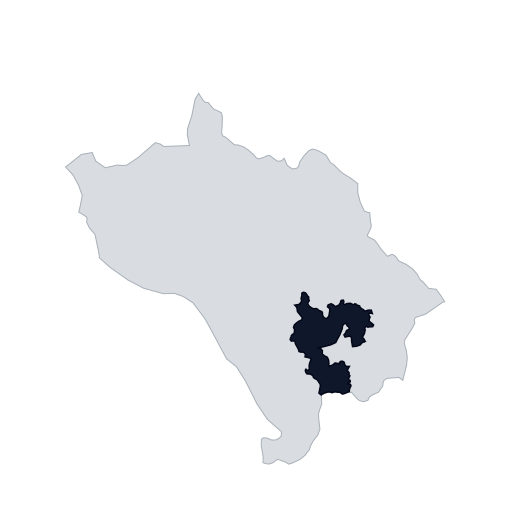 Bulgaria, with Sofia highlighted, rotated 231°
{"feature_id": "BGR-2244", "entity_name": "Sofia", "entity_type": "Province", "adm_level": 1, "iso_a3": "BGR", "parent_name": "Bulgaria", "parent_adm1": "", "projection": "orthographic", "projection_center": [23.554, 42.64], "detail": "fine", "context": "in_parent", "style": "filled", "palette": "ink", "viewbox_px": 512, "rotation_deg": 231, "n_neighbors": 0, "source": "natural_earth", "source_scale": "10m", "svg_char_len": 5112}
<svg xmlns="http://www.w3.org/2000/svg" viewBox="0 0 512 512"><g transform="rotate(231 256 256)"><path d="M418.5,313.8L410.0,312.8L407.1,313.4L405.3,315.5L401.4,315.3L396.6,315.6L391.7,318.2L389.0,319.3L385.1,317.3L377.9,311.1L373.5,306.8L370.3,305.7L367.2,307.2L356.0,309.2L353.5,312.0L348.4,315.1L343.2,316.7L335.8,318.0L331.8,318.0L329.6,319.5L327.9,323.8L326.8,328.1L325.7,329.8L316.4,332.2L314.4,334.7L313.9,337.0L314.2,339.4L306.6,337.3L300.9,339.0L299.6,340.9L298.4,343.5L299.2,346.2L301.4,348.8L303.6,356.0L304.6,363.2L303.5,367.3L299.2,370.4L290.4,373.9L281.6,372.6L277.8,374.0L271.4,374.5L265.5,375.5L256.5,378.7L248.3,380.6L240.8,374.7L232.0,370.8L222.8,368.5L219.6,370.3L218.2,371.7L210.5,366.5L207.0,364.7L205.3,362.6L202.0,355.5L200.1,355.3L193.8,358.1L187.7,358.0L184.0,357.5L173.1,357.9L171.7,362.8L170.4,363.5L168.0,364.2L162.2,363.9L154.8,367.5L146.8,369.7L140.6,369.8L134.2,368.7L130.4,369.5L122.1,369.8L116.8,375.1L108.6,374.7L101.7,373.8L102.6,372.1L104.1,351.3L107.6,342.0L107.5,340.1L106.7,338.7L103.8,337.2L101.6,332.1L97.2,318.9L94.7,316.2L87.7,313.3L81.6,309.4L76.4,304.3L67.0,291.8L71.9,290.6L73.4,288.1L78.2,281.3L78.8,278.0L78.4,276.0L75.2,272.7L73.1,265.5L74.8,258.8L75.0,255.4L73.4,252.0L75.2,247.7L78.6,245.4L80.8,244.8L89.9,244.4L95.7,236.0L99.2,233.3L102.8,228.5L104.5,226.8L106.0,223.0L106.6,219.2L99.5,213.8L97.1,209.7L94.0,205.2L89.7,202.1L81.2,196.7L77.9,191.3L76.4,184.3L74.2,179.0L71.8,175.5L71.3,172.7L70.3,169.3L70.2,162.5L72.3,153.6L73.7,150.4L76.6,149.6L84.4,144.9L84.8,138.8L86.2,135.0L88.7,132.8L91.0,131.4L95.1,135.0L105.3,140.7L110.2,144.9L110.0,147.4L107.6,150.0L103.1,152.4L100.5,155.7L99.8,159.7L100.4,162.6L103.5,165.2L121.9,162.0L140.6,163.7L165.7,169.2L182.3,171.1L194.6,168.4L217.4,172.8L238.7,176.8L259.1,177.6L270.4,173.9L278.3,169.1L285.0,160.3L301.6,148.4L317.8,141.4L339.1,135.4L353.3,133.1L355.4,134.8L374.1,144.5L382.2,144.1L388.9,145.7L391.4,148.3L393.1,148.9L401.7,145.9L405.9,151.4L412.4,159.1L423.0,162.7L432.3,164.5L435.2,164.7L445.0,164.0L444.8,184.2L439.5,193.8L430.5,191.2L419.4,194.4L414.0,205.4L410.8,208.7L407.9,212.6L406.7,226.5L407.4,249.1L403.2,252.1L399.3,253.1L383.7,273.8L393.5,278.9L398.0,283.0L405.5,294.5L416.2,307.4L418.5,313.8Z" fill="#d9dde1" stroke="#a8b0b8" stroke-width="1"/><path d="M91.9,243.2L92.3,242.3L93.4,238.2L93.8,237.2L94.2,236.5L95.0,236.0L96.7,235.7L97.5,235.4L98.3,234.2L100.9,231.8L101.2,231.1L101.7,229.6L102.0,229.0L102.5,228.6L103.5,228.1L104.0,227.7L105.3,225.8L106.4,223.1L107.1,220.3L107.0,219.2L109.8,218.6L114.2,223.9L115.7,225.1L121.4,225.7L123.5,224.7L125.4,224.2L127.4,224.9L130.1,223.8L132.3,221.4L134.3,221.5L136.2,222.4L136.6,223.6L135.3,223.6L134.5,224.3L134.5,226.0L135.4,226.9L136.5,227.6L138.1,229.1L139.5,231.0L140.4,232.8L141.7,234.2L144.1,232.8L146.7,230.6L147.6,231.5L148.6,232.6L150.2,232.7L151.7,232.1L153.0,230.4L154.7,229.3L157.0,230.3L163.0,231.4L164.0,231.9L165.1,232.6L166.5,231.6L167.6,229.9L169.4,229.9L170.5,231.1L170.9,232.3L171.8,233.2L172.2,234.9L171.7,236.7L173.0,238.2L174.6,239.7L176.9,240.2L178.3,242.5L178.5,245.2L178.4,247.9L177.6,251.3L178.8,253.2L186.6,253.2L188.1,254.0L189.5,255.0L191.5,255.4L193.4,255.2L191.2,259.2L192.1,263.0L194.7,264.4L196.7,267.1L198.3,268.2L198.0,270.0L196.4,271.2L194.3,271.3L193.0,270.9L191.7,271.1L190.7,271.1L190.0,270.0L188.8,269.7L187.7,269.2L187.4,267.7L186.7,266.4L185.0,265.9L183.2,265.8L182.2,266.2L181.1,266.4L178.9,267.4L177.2,269.8L175.7,270.5L174.2,270.6L171.3,272.2L169.8,271.8L168.5,270.7L166.8,270.1L165.1,270.2L163.3,270.9L162.9,272.8L163.5,274.6L164.4,276.1L165.4,276.9L166.2,278.0L168.5,280.1L171.6,279.6L172.6,281.3L171.6,284.4L169.2,285.4L166.8,285.7L165.7,289.5L166.7,292.6L167.7,293.4L167.7,294.8L166.7,296.1L165.4,295.7L164.6,294.8L163.9,293.8L162.4,294.2L161.9,296.6L159.9,299.6L157.0,300.9L156.6,301.6L156.7,302.7L155.8,303.4L154.7,303.7L153.7,303.6L153.0,304.6L151.9,305.1L150.7,304.6L148.6,304.9L146.9,305.6L144.6,305.9L143.4,309.0L141.4,311.5L138.0,310.2L139.6,309.0L140.3,307.2L138.6,306.4L136.8,306.3L135.6,304.2L134.0,302.9L131.2,303.6L128.4,304.0L127.6,302.2L129.5,299.6L130.3,298.1L131.5,297.7L132.2,296.6L131.3,294.9L129.9,294.4L128.9,293.2L128.5,292.4L127.8,292.0L125.7,287.3L124.4,287.6L123.0,287.7L122.0,287.1L120.9,287.3L121.1,285.8L121.9,284.6L121.3,280.9L122.7,277.2L124.8,274.0L129.8,276.8L132.0,278.5L134.2,279.0L135.8,276.6L136.9,274.2L139.4,274.7L139.5,275.7L139.9,277.2L141.1,279.5L140.4,282.3L142.1,283.4L144.7,282.9L146.4,283.7L147.9,282.1L147.3,279.3L145.4,277.5L142.1,271.7L139.5,265.4L138.6,263.6L139.8,258.5L143.1,251.2L144.4,248.8L145.1,246.6L142.9,248.1L140.6,248.0L138.2,245.8L135.4,246.4L132.4,247.7L129.4,246.9L126.3,244.8L125.6,243.9L124.6,243.5L123.1,246.4L123.1,250.2L120.0,252.7L120.8,254.2L120.7,255.9L119.7,257.0L118.6,257.6L117.2,257.4L115.9,256.5L113.3,256.7L111.4,259.1L110.5,256.7L109.3,254.7L107.4,255.0L106.3,254.7L105.6,253.6L103.8,253.6L102.8,251.5L101.6,250.0L100.1,250.9L98.9,250.1L99.3,247.4L98.4,246.9L97.5,248.4L96.5,248.6L96.1,248.2L95.5,248.2L94.9,247.4L94.6,246.4L93.6,244.8L92.3,243.5L91.9,243.2Z" fill="#0f172a" stroke="#020617" stroke-width="1.5"/></g></svg>